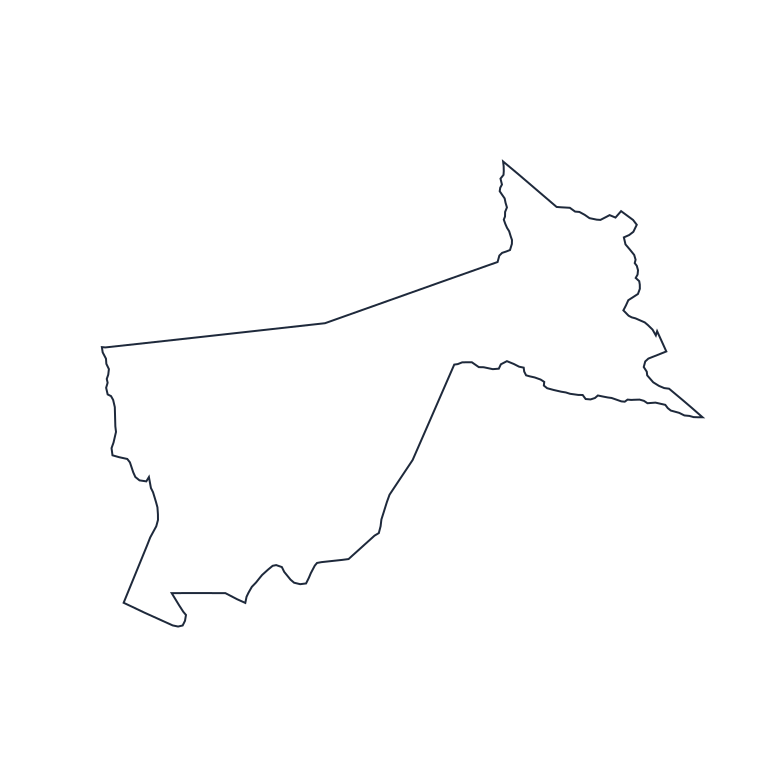 Pedra, Pernambuco, Brazil (Mercator projection), rotated 77°
{"feature_id": "56859067B75166120123114", "entity_name": "Pedra", "entity_type": "district", "adm_level": 2, "iso_a3": "BRA", "parent_name": "Brazil", "parent_adm1": "Pernambuco", "projection": "mercator", "projection_center": [-36.895, -8.673], "detail": "fine", "context": "isolated", "style": "outline", "palette": "slate", "viewbox_px": 768, "rotation_deg": 77, "n_neighbors": 0, "source": "geoboundaries", "source_scale": "gbopen_adm2", "svg_char_len": 2906}
<svg xmlns="http://www.w3.org/2000/svg" viewBox="0 0 768 768"><g transform="rotate(77 384 384)"><path d="M425.4,637.5L421.8,634.0L432.9,634.5L437.5,633.4L443.3,633.0L447.9,632.7L453.2,632.5L460.2,633.6L465.6,634.8L471.4,637.9L480.9,646.3L487.9,651.1L538.6,686.9L552.7,669.1L571.7,644.2L574.0,639.2L574.0,634.5L570.0,631.2L564.5,628.9L560.8,630.8L553.6,633.4L540.0,637.9L543.8,621.3L546.2,610.8L552.1,585.6L560.7,575.5L566.1,568.4L560.4,565.8L556.9,563.0L551.9,558.4L548.6,553.3L545.5,549.4L542.7,545.8L538.7,538.6L536.1,533.4L536.2,529.8L539.4,524.7L544.6,523.5L553.6,519.1L557.4,516.3L560.2,510.7L560.8,504.8L555.8,500.7L551.9,497.9L545.4,492.3L543.3,489.5L543.5,485.0L546.0,464.1L546.6,457.9L544.3,453.8L529.6,427.3L528.1,422.6L521.8,419.3L515.4,417.0L509.5,413.5L499.6,407.7L493.1,403.5L487.8,397.9L464.5,373.2L429.5,347.2L380.9,311.2L381.2,307.7L380.5,303.0L381.3,299.1L382.6,293.5L388.9,287.8L390.1,283.1L394.0,274.7L394.9,268.7L391.1,265.7L389.4,259.1L393.7,253.0L397.5,248.5L399.5,244.2L403.4,244.6L407.5,243.6L409.3,240.3L411.5,235.7L414.9,230.4L418.0,227.4L421.5,228.6L424.8,226.0L428.0,220.0L431.4,213.0L433.1,208.8L435.4,204.9L436.8,201.2L438.3,197.3L439.4,192.9L444.0,190.9L445.5,186.2L445.1,181.6L443.3,178.2L445.1,174.3L447.5,168.9L448.8,165.4L451.5,161.1L454.3,156.7L455.4,153.4L454.0,150.2L455.1,146.8L455.8,143.0L456.7,138.5L458.9,134.5L462.0,131.6L463.2,123.7L467.6,114.6L471.4,112.9L474.4,110.5L478.5,102.9L482.2,98.4L483.8,93.6L485.9,89.8L487.1,85.3L488.1,81.1L476.3,89.6L466.7,96.7L452.7,107.3L451.0,111.9L447.7,116.5L442.9,121.3L434.8,125.6L431.1,125.2L425.9,127.1L420.8,124.4L418.7,120.7L415.8,101.6L394.0,106.0L397.8,108.2L391.4,110.1L385.8,113.7L382.6,116.1L380.4,119.1L376.6,124.2L374.8,127.6L372.5,130.3L366.1,134.2L361.9,130.6L357.3,127.1L353.4,116.3L348.8,113.3L344.7,112.4L341.2,112.2L337.3,114.9L334.4,112.3L330.3,110.9L325.7,111.1L322.6,112.5L319.5,110.9L314.5,111.2L308.1,114.3L302.3,117.3L295.1,117.3L294.0,111.6L291.8,106.8L285.7,101.9L280.2,104.4L268.9,114.1L271.3,117.4L273.9,121.0L270.2,126.2L271.1,129.5L272.8,136.2L271.7,139.8L268.6,146.5L264.3,150.4L260.3,154.9L259.0,159.0L254.1,163.3L251.6,171.9L250.3,176.0L209.7,206.0L194.0,217.9L198.6,218.4L203.5,219.4L207.1,220.5L210.1,224.3L216.2,224.2L218.9,226.6L222.2,227.9L226.3,226.3L230.3,224.7L234.8,224.8L239.6,224.5L243.6,227.3L248.0,228.4L250.8,230.3L255.2,229.8L259.5,229.0L263.3,227.7L268.9,227.3L272.5,226.9L276.3,227.9L281.8,231.1L282.4,235.1L282.8,239.4L284.8,242.7L290.7,245.9L292.0,257.7L297.6,306.9L311.5,427.8L296.8,553.4L285.7,647.2L284.6,650.6L289.9,651.0L296.8,649.2L301.9,650.0L307.6,648.7L312.9,650.6L316.7,653.0L320.6,653.0L325.2,655.6L332.0,655.6L334.4,652.7L338.6,651.5L346.0,651.5L364.8,655.3L370.4,655.9L375.9,658.6L380.2,660.7L385.2,663.9L392.4,664.6L395.7,658.6L399.3,651.0L403.2,649.2L413.7,648.2L418.7,647.2L422.9,643.9L425.4,637.5Z" fill="none" stroke="#1e293b" stroke-width="2"/></g></svg>